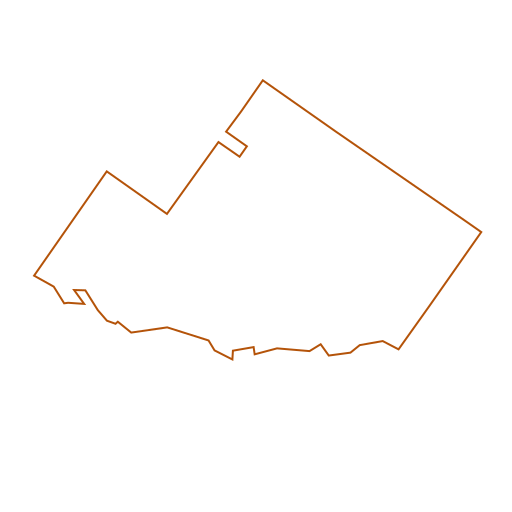 the district of Jeff Davis, Georgia, United States of America, rotated 215°
{"feature_id": "52423323B63822520478885", "entity_name": "Jeff Davis", "entity_type": "district", "adm_level": 2, "iso_a3": "USA", "parent_name": "United States of America", "parent_adm1": "Georgia", "projection": "albers", "projection_center": [-82.62, 31.822], "detail": "fine", "context": "isolated", "style": "outline", "palette": "amber", "viewbox_px": 512, "rotation_deg": 215, "n_neighbors": 0, "source": "geoboundaries", "source_scale": "gbopen_adm2", "svg_char_len": 643}
<svg xmlns="http://www.w3.org/2000/svg" viewBox="0 0 512 512"><g transform="rotate(215 256 256)"><path d="M261.8,403.7L351.2,403.8L351.1,365.9L351.8,340.7L326.4,340.6L326.4,327.9L352.1,327.8L353.1,239.4L426.8,239.7L426.5,112.6L404.1,114.9L386.0,107.2L383.1,109.9L369.3,118.2L385.5,123.8L376.1,130.0L354.5,120.9L341.0,117.5L332.2,119.9L331.5,122.9L314.3,121.7L287.8,146.6L246.4,159.6L235.8,154.9L216.0,157.7L220.6,165.2L205.7,180.0L200.7,174.7L185.8,192.4L157.6,208.8L152.4,220.8L139.3,216.2L123.2,231.0L119.9,242.5L103.4,259.0L85.7,261.3L85.3,315.1L85.2,404.8L104.2,404.8L261.8,403.7Z" fill="none" stroke="#b45309" stroke-width="2"/></g></svg>